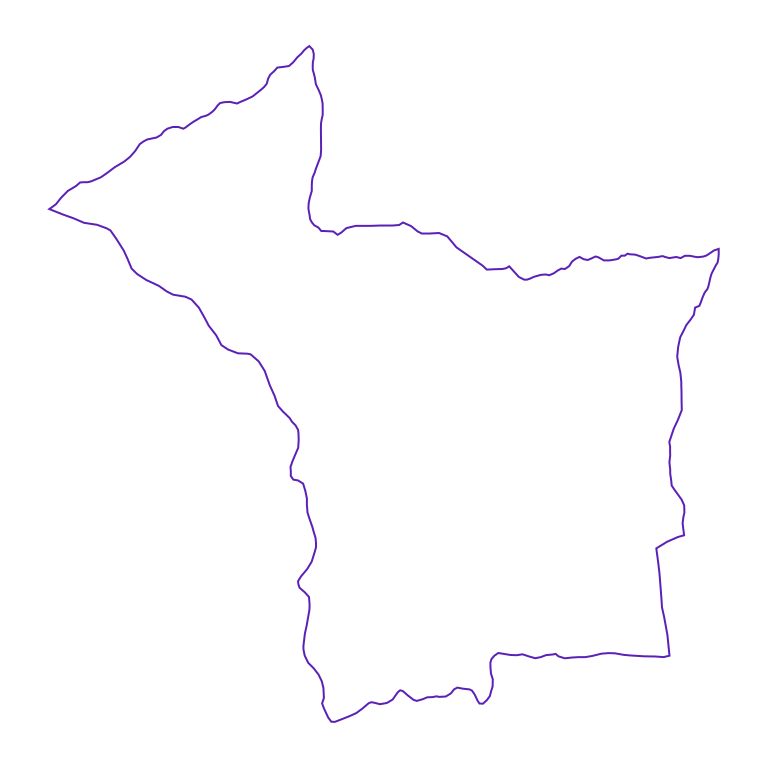 outline of Gesarling, Daga, Bhutan
{"feature_id": "84629894B4625986798859", "entity_name": "Gesarling", "entity_type": "district", "adm_level": 2, "iso_a3": "BTN", "parent_name": "Bhutan", "parent_adm1": "Daga", "projection": "equal_earth", "projection_center": [89.891, 26.922], "detail": "fine", "context": "isolated", "style": "outline", "palette": "violet", "viewbox_px": 768, "rotation_deg": 0, "n_neighbors": 0, "source": "geoboundaries", "source_scale": "gbopen_adm2", "svg_char_len": 4739}
<svg xmlns="http://www.w3.org/2000/svg" viewBox="0 0 768 768"><path d="M322.1,703.4L323.9,708.3L328.2,717.5L331.3,721.7L334.8,721.9L340.0,719.9L349.2,716.3L356.4,713.0L362.1,708.8L368.7,703.2L371.4,702.2L375.4,703.0L379.9,704.2L386.8,703.0L392.7,699.5L395.2,695.9L397.9,692.1L400.2,690.3L402.9,691.1L407.4,695.1L413.6,699.9L416.8,700.9L423.0,699.1L427.2,697.3L432.6,697.1L436.6,696.3L439.0,696.9L445.8,696.5L450.9,693.4L454.0,689.4L457.4,687.6L462.4,688.6L469.5,689.4L472.0,690.6L474.7,694.6L477.5,700.5L479.4,703.5L482.9,703.7L486.8,700.2L489.8,696.2L491.3,690.6L492.6,686.6L492.8,679.3L491.0,673.7L490.5,668.1L490.4,662.6L491.5,659.0L494.5,655.6L498.3,653.0L503.2,653.8L510.6,655.0L516.8,655.2L522.5,654.3L529.2,656.5L535.2,658.2L540.8,657.1L546.1,655.1L552.7,654.5L555.7,653.9L558.4,656.3L564.8,658.3L572.3,657.5L579.0,657.1L585.4,657.1L592.5,655.9L601.3,653.7L608.4,653.1L614.9,653.3L624.0,654.9L631.0,655.5L644.0,656.3L655.4,656.5L663.6,657.1L669.5,655.7L667.4,634.9L664.1,616.8L662.0,607.4L661.4,598.1L659.5,573.6L658.2,562.5L656.3,548.4L667.0,541.8L677.9,537.0L684.1,535.3L682.6,523.3L683.4,516.9L684.4,512.7L684.2,505.4L681.6,499.6L678.3,495.0L674.5,489.8L671.7,485.6L671.2,480.4L670.2,473.7L670.2,469.4L669.4,462.4L670.2,455.4L670.1,451.8L670.1,446.6L669.3,442.0L673.7,428.8L678.0,419.7L681.8,410.0L681.6,402.7L681.5,391.2L681.3,385.8L681.3,381.8L680.3,372.3L678.7,365.6L677.2,356.8L678.2,346.7L680.2,337.3L683.8,330.3L686.3,325.1L690.1,320.2L693.9,314.8L695.1,307.6L697.3,306.7L699.4,305.8L700.9,302.1L702.8,296.8L704.8,292.4L707.3,289.2L708.4,286.3L709.5,281.5L710.4,277.5L711.6,273.6L714.5,267.9L715.9,265.3L717.6,262.5L718.3,258.8L718.7,254.5L718.7,248.9L714.1,250.4L709.1,253.8L706.5,255.5L703.2,256.6L697.5,257.2L694.4,256.7L689.9,255.8L687.5,255.8L684.9,255.8L680.6,258.1L676.3,257.0L673.0,257.5L669.4,258.1L665.2,257.0L662.6,256.1L657.6,257.0L649.7,257.8L646.1,258.5L640.3,256.3L635.1,254.6L629.9,254.3L627.6,253.7L624.7,255.7L621.4,255.7L618.2,258.8L614.6,259.6L609.4,260.4L603.9,260.4L598.4,257.3L595.5,256.5L590.6,258.8L587.7,260.0L583.7,259.2L579.5,256.9L575.6,258.8L572.0,261.6L569.1,266.2L564.9,269.0L561.3,268.6L557.7,270.5L553.8,273.3L549.3,275.2L545.7,274.5L541.2,274.8L534.0,276.8L529.6,278.8L526.9,279.7L524.3,279.7L518.9,277.0L509.2,266.3L506.2,268.2L502.3,269.0L494.9,269.2L486.8,269.6L482.7,265.7L472.4,258.5L456.5,247.4L447.3,236.4L439.1,233.0L430.0,233.5L421.8,233.5L417.6,231.4L411.1,226.1L403.0,222.5L399.2,225.0L392.8,225.5L381.1,225.5L369.4,225.9L355.6,225.9L346.4,228.1L341.1,232.7L337.6,234.8L333.3,231.5L323.8,231.0L321.3,231.0L318.2,227.4L314.3,225.3L311.8,222.3L310.1,219.1L309.6,215.2L308.9,211.7L308.4,208.0L308.7,203.1L309.8,197.7L310.6,195.0L311.8,190.9L311.8,185.1L312.0,181.3L312.6,177.4L314.7,172.6L315.8,169.0L318.1,162.9L319.7,158.7L320.7,155.8L321.1,149.7L321.0,138.0L320.9,129.1L321.0,123.4L321.6,119.9L322.7,114.8L322.7,109.5L322.6,103.5L321.7,98.7L320.8,95.1L318.8,90.3L315.9,84.3L314.8,77.4L313.7,73.0L312.8,70.0L312.7,66.2L312.9,62.0L313.6,58.7L313.8,54.0L312.7,49.6L309.3,46.1L306.6,48.0L304.1,50.3L301.3,53.7L297.3,57.3L293.2,62.3L289.0,66.0L283.2,66.9L277.3,67.6L274.2,71.1L270.2,74.7L268.2,78.5L266.7,83.8L264.2,86.9L261.9,89.0L257.2,92.8L252.5,96.5L246.8,99.2L240.4,101.9L237.0,103.5L230.0,101.9L224.1,102.2L220.0,103.1L217.5,105.6L214.9,109.2L212.4,111.7L208.5,114.6L205.8,115.8L201.1,117.1L197.5,119.4L193.5,121.7L189.6,124.4L185.4,127.6L183.3,128.7L178.3,127.0L172.6,127.0L167.4,128.7L164.1,131.0L161.0,134.9L156.6,137.5L147.1,139.5L143.4,141.5L139.7,144.2L135.2,151.0L130.0,156.9L124.3,161.5L114.9,167.1L106.9,173.1L100.7,177.4L95.3,179.6L91.3,181.3L87.7,182.2L83.5,182.2L80.0,182.5L76.2,185.9L67.7,191.0L60.8,198.1L55.9,204.3L49.3,209.1L63.7,214.8L73.3,218.2L84.0,222.8L97.1,224.8L106.6,228.3L110.4,230.4L116.1,238.5L123.7,250.5L127.4,258.5L131.6,268.6L137.1,274.0L146.3,280.0L158.9,285.9L167.2,291.7L173.2,294.7L185.3,296.7L191.5,299.5L198.9,307.7L204.6,317.8L208.8,325.8L216.2,335.3L221.4,345.1L228.0,349.5L237.9,353.3L247.6,353.7L250.6,354.3L258.7,361.4L264.7,370.9L269.8,385.3L274.6,395.9L278.0,406.0L283.0,411.6L289.6,418.0L292.1,421.9L295.5,425.3L298.1,429.9L298.5,433.7L298.7,440.1L298.2,447.8L295.7,453.6L292.3,461.7L290.5,467.1L290.8,471.1L290.8,476.0L293.3,479.6L297.9,480.4L303.1,483.6L305.3,490.8L306.9,498.5L306.9,504.9L307.5,512.5L309.5,518.8L312.3,526.8L314.0,532.9L315.5,537.7L316.0,542.7L316.0,547.3L314.4,553.0L311.7,561.6L307.3,568.9L301.1,576.3L298.1,581.1L298.3,584.0L299.6,587.8L304.7,592.2L309.0,597.0L309.6,604.8L309.4,610.1L307.7,619.6L306.7,625.4L304.9,633.6L303.4,646.1L303.5,649.7L304.7,655.6L308.2,662.8L313.8,668.4L318.6,674.7L321.8,681.3L323.4,687.9L323.7,693.4L323.9,698.0L322.1,703.4Z" fill="none" stroke="#5b21b6" stroke-width="2"/></svg>